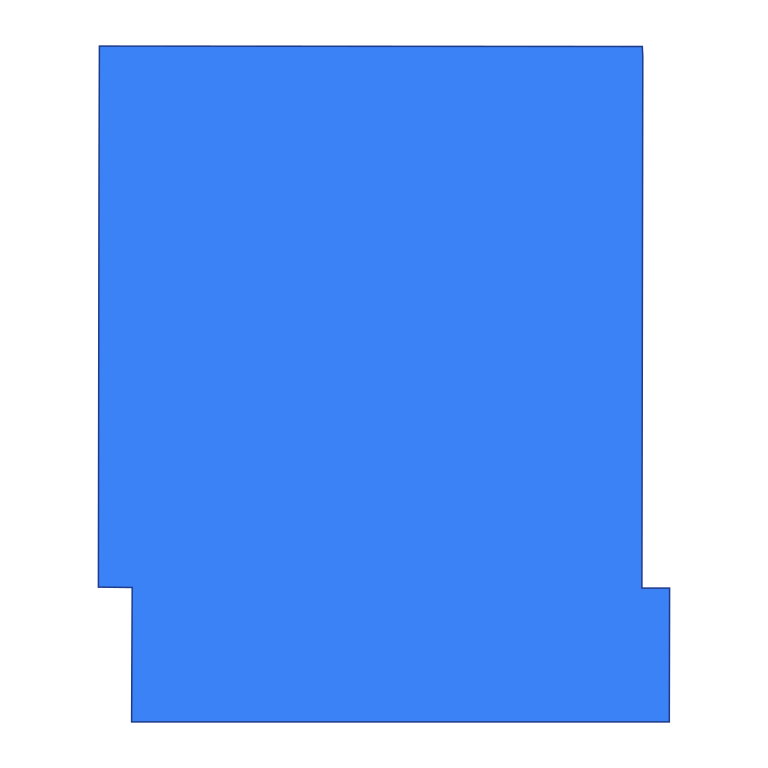 Griggs, North Dakota, United States of America
{"feature_id": "52423323B60878721807061", "entity_name": "Griggs", "entity_type": "district", "adm_level": 2, "iso_a3": "USA", "parent_name": "United States of America", "parent_adm1": "North Dakota", "projection": "albers", "projection_center": [-98.207, 47.456], "detail": "fine", "context": "isolated", "style": "filled", "palette": "blue", "viewbox_px": 768, "rotation_deg": 0, "n_neighbors": 0, "source": "geoboundaries", "source_scale": "gbopen_adm2", "svg_char_len": 258}
<svg xmlns="http://www.w3.org/2000/svg" viewBox="0 0 768 768"><path d="M669.3,721.9L669.6,588.1L641.9,588.1L642.8,56.4L642.3,46.5L99.4,46.1L99.0,179.3L98.4,587.1L132.2,587.5L131.6,721.9L669.3,721.9Z" fill="#3b82f6" stroke="#1e3a8a" stroke-width="1.5"/></svg>